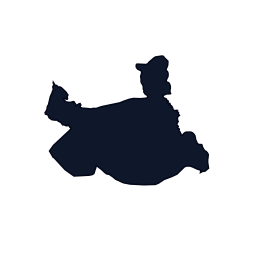 Sala ad-Din, orthographic projection, rotated 317°
{"feature_id": "IRQ-3052", "entity_name": "Sala ad-Din", "entity_type": "Province", "adm_level": 1, "iso_a3": "IRQ", "parent_name": "Iraq", "parent_adm1": "", "projection": "orthographic", "projection_center": [43.888, 34.578], "detail": "fine", "context": "isolated", "style": "filled", "palette": "ink", "viewbox_px": 256, "rotation_deg": 317, "n_neighbors": 0, "source": "natural_earth", "source_scale": "10m", "svg_char_len": 5549}
<svg xmlns="http://www.w3.org/2000/svg" viewBox="0 0 256 256"><g transform="rotate(317 128 128)"><path d="M178.2,87.4L184.3,93.7L185.3,94.2L186.6,94.6L187.7,94.2L194.3,94.4L196.5,94.8L201.8,98.4L202.5,99.3L202.7,99.6L202.7,99.9L202.7,100.2L202.5,101.2L202.7,106.4L199.9,109.1L197.9,110.1L196.3,110.8L195.6,111.3L195.2,111.9L195.2,112.4L195.3,112.9L195.3,113.5L195.1,114.3L194.3,115.7L193.1,116.9L192.3,117.6L191.5,117.9L189.8,118.5L188.6,119.2L188.0,119.7L187.7,120.2L187.7,120.6L187.9,121.1L188.1,121.5L188.4,122.0L188.6,122.8L188.5,123.9L187.6,126.0L186.8,127.0L186.0,127.9L185.0,128.5L184.0,129.4L183.3,130.3L182.9,131.0L182.6,131.9L182.4,131.9L182.1,131.7L179.9,129.7L179.2,129.3L178.7,129.0L177.7,128.8L176.5,128.3L176.0,128.0L175.7,128.2L175.0,129.1L174.9,129.5L174.9,129.8L174.8,130.5L175.8,132.8L175.7,133.3L175.6,133.8L174.9,134.5L175.0,134.7L175.3,134.8L175.5,135.1L175.8,135.7L175.7,135.9L175.5,136.1L174.9,136.3L174.7,136.3L174.4,136.4L174.2,136.6L173.9,137.1L173.8,137.4L173.9,137.5L174.0,137.4L174.3,137.3L174.5,137.4L174.5,137.5L174.3,137.8L174.1,138.1L174.1,138.3L174.4,138.5L174.6,138.4L175.0,138.2L175.3,138.3L175.3,138.5L175.2,138.8L175.0,139.5L174.8,139.7L174.4,140.1L174.5,140.4L174.6,140.8L174.9,141.5L174.8,142.1L174.4,143.5L173.8,144.8L173.4,145.5L173.4,145.9L173.5,146.3L173.9,146.8L174.4,147.4L174.9,147.8L175.3,148.0L176.1,148.9L175.2,149.4L175.4,150.9L175.4,151.2L175.1,151.4L174.8,151.5L174.4,151.8L174.3,152.2L174.3,153.6L174.2,153.9L173.8,153.8L173.5,153.4L173.3,153.4L173.0,153.5L172.8,153.7L172.6,153.8L172.4,153.9L171.7,153.9L171.1,154.1L170.9,154.3L169.6,156.1L169.4,156.7L169.2,157.3L169.1,157.5L168.9,157.6L168.7,157.6L168.6,157.4L168.7,157.1L168.7,156.9L168.6,156.7L168.3,156.8L168.0,157.0L167.8,157.4L167.6,157.9L167.4,158.1L167.1,158.2L166.4,158.2L165.8,158.3L165.6,158.5L165.7,158.9L165.9,159.1L165.9,160.9L165.9,161.1L165.7,161.2L165.0,161.2L164.5,161.3L164.3,161.5L164.1,161.8L164.2,162.1L164.7,162.8L164.8,163.1L164.8,163.4L164.6,163.9L164.4,164.1L163.1,165.0L163.0,165.3L163.3,165.8L163.4,166.1L162.9,167.4L162.8,168.3L162.1,169.3L162.1,169.6L162.1,170.2L162.3,170.4L162.6,170.5L163.0,170.4L163.5,170.3L165.2,170.1L166.8,170.3L167.7,170.7L170.6,173.3L171.3,174.2L171.8,175.3L172.0,176.7L171.9,178.1L171.6,179.4L169.5,182.7L168.4,185.8L168.3,186.5L168.2,187.2L168.4,187.9L168.7,188.5L169.1,189.0L170.4,190.2L170.5,190.5L170.5,190.9L169.7,192.2L169.4,192.8L168.5,196.8L169.2,198.4L169.1,200.3L168.6,202.2L166.2,204.3L165.1,205.1L163.7,206.5L162.7,207.6L159.5,212.3L155.0,212.1L152.9,210.6L150.6,210.0L152.6,208.4L152.0,207.7L150.7,205.4L148.7,200.5L147.6,198.4L146.7,197.4L144.5,195.4L142.7,194.9L132.4,195.1L126.8,193.3L119.3,190.2L112.7,189.1L109.5,187.9L101.1,180.5L91.4,170.5L87.3,164.9L84.1,157.1L83.6,153.2L82.7,149.2L81.1,147.0L80.7,144.8L80.4,140.2L79.3,133.9L72.0,138.0L70.1,137.7L67.5,136.1L55.8,126.3L53.6,115.6L53.7,99.5L53.3,98.4L54.9,91.3L61.8,89.9L83.3,89.9L85.6,89.7L86.2,89.2L86.3,88.8L86.2,88.4L86.0,88.1L86.0,87.9L86.3,87.1L86.3,86.7L86.2,86.0L86.1,85.8L86.1,85.6L85.9,84.9L85.6,84.9L85.3,84.8L85.0,84.8L84.8,84.8L84.7,84.7L84.8,84.4L84.8,84.2L84.6,84.1L84.4,84.0L84.4,83.7L84.1,83.6L83.9,83.3L83.8,82.9L83.4,82.1L83.2,81.5L82.9,81.4L82.7,81.4L82.4,81.3L82.4,81.1L82.4,80.6L82.6,79.4L82.6,78.9L82.7,78.4L82.9,77.8L83.0,77.5L82.9,77.3L82.7,77.3L82.4,77.3L82.3,77.1L81.6,75.2L81.6,74.6L81.5,74.1L81.2,73.6L81.0,73.2L80.0,72.5L79.6,72.0L77.9,69.8L77.8,69.4L77.8,68.4L77.5,67.9L77.4,67.4L77.4,66.9L77.5,65.9L77.6,65.7L77.9,65.3L78.2,64.7L78.3,64.2L78.2,63.7L77.6,62.3L77.1,61.4L77.2,61.2L77.5,61.0L77.7,60.6L77.8,60.3L78.0,60.1L78.4,60.1L78.7,60.1L78.8,60.1L79.0,60.0L79.2,59.9L79.3,60.0L79.5,59.9L81.2,59.2L82.0,58.7L83.4,57.5L84.0,57.2L84.5,57.0L85.5,56.9L92.8,52.0L96.7,50.4L97.9,49.6L99.0,49.3L99.9,48.6L100.8,47.0L101.3,46.5L102.1,46.2L102.9,46.1L103.5,45.8L103.9,44.2L104.5,43.7L104.1,45.7L103.9,46.0L103.7,46.4L103.8,46.7L103.9,46.9L104.2,47.3L104.5,47.7L104.8,48.4L105.0,49.3L104.9,49.9L104.7,50.4L104.8,50.7L104.9,50.9L105.2,51.0L105.5,51.0L105.8,51.2L106.2,51.6L106.6,52.5L106.8,53.6L107.1,59.4L107.0,60.0L107.0,60.5L106.7,61.5L106.6,62.4L106.6,62.8L106.4,63.0L105.8,63.2L104.7,63.8L103.7,65.4L103.2,65.5L102.8,65.3L102.5,64.8L102.4,64.5L102.4,64.1L102.2,63.7L102.1,63.3L101.9,63.0L101.6,62.9L100.7,62.5L100.3,63.6L100.6,64.3L100.6,64.7L100.4,65.2L100.3,65.9L100.4,66.6L100.7,67.0L101.0,67.2L101.1,67.4L101.4,67.9L102.9,69.6L103.6,70.2L105.3,70.9L106.1,71.5L106.5,72.5L106.4,72.7L106.3,72.8L106.1,72.8L105.8,73.0L105.7,73.4L105.8,73.7L106.0,74.0L106.0,74.3L105.8,75.4L105.6,75.8L105.2,76.3L108.3,76.8L109.6,77.4L109.3,78.8L108.8,79.2L108.1,79.4L107.5,79.8L107.3,80.6L107.5,81.2L108.0,82.1L108.6,83.0L109.1,83.3L113.0,87.7L113.8,88.8L115.4,89.6L116.5,90.4L117.1,91.2L118.4,92.2L123.1,94.3L139.1,104.0L143.3,105.6L148.5,107.9L152.1,110.1L157.2,115.2L161.8,118.7L162.4,118.9L163.3,118.9L164.7,117.2L165.0,116.8L164.9,116.7L164.3,116.6L164.1,116.5L164.0,116.4L163.9,116.2L164.0,115.9L164.0,115.7L163.8,115.2L163.7,114.9L163.9,114.1L164.0,113.7L164.0,113.0L164.0,112.7L164.2,112.4L165.0,111.7L165.3,111.3L165.5,110.9L165.7,110.1L166.7,108.8L167.4,108.4L167.6,108.1L167.7,107.9L167.7,107.7L167.8,107.5L168.0,107.1L168.1,106.8L168.0,106.6L168.1,106.4L168.1,106.2L168.3,105.7L168.5,105.3L168.5,105.1L168.5,104.9L168.5,104.7L168.6,104.0L169.6,102.5L170.9,101.2L172.2,99.3L172.6,98.8L173.4,98.3L174.3,97.9L175.9,96.6L176.5,95.7L176.5,94.6L175.3,91.8L175.3,90.7L175.5,89.4L176.0,88.6L176.6,87.9L177.0,87.6L177.4,87.4L178.2,87.4Z" fill="#0f172a" stroke="#020617" stroke-width="1.5"/></g></svg>